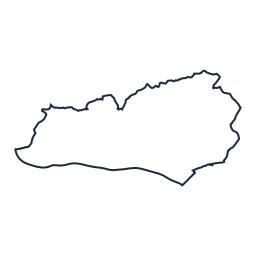 Pojejena, Caras-Severin, Romania
{"feature_id": "2599482B98015240741621", "entity_name": "Pojejena", "entity_type": "district", "adm_level": 2, "iso_a3": "ROU", "parent_name": "Romania", "parent_adm1": "Caras-Severin", "projection": "mercator", "projection_center": [21.532, 44.807], "detail": "fine", "context": "isolated", "style": "outline", "palette": "slate", "viewbox_px": 256, "rotation_deg": 0, "n_neighbors": 0, "source": "geoboundaries", "source_scale": "gbopen_adm2", "svg_char_len": 4707}
<svg xmlns="http://www.w3.org/2000/svg" viewBox="0 0 256 256"><path d="M240.6,107.5L239.7,106.6L238.2,103.9L236.2,101.8L235.2,100.4L234.3,100.1L233.8,99.5L233.3,98.9L232.7,98.4L232.2,97.8L231.6,96.8L231.1,95.8L230.5,94.9L229.9,93.9L224.6,92.9L223.0,92.2L222.4,91.3L221.8,90.4L221.2,89.5L220.6,88.7L220.4,87.4L220.0,86.9L217.8,87.7L216.2,88.0L214.7,87.6L213.5,88.3L213.2,87.5L213.5,85.4L215.2,83.6L215.7,83.0L216.6,81.9L217.5,80.8L219.2,78.5L219.5,78.1L219.8,76.8L217.7,74.6L216.7,73.8L213.4,74.6L210.1,73.7L206.5,72.3L205.1,71.0L203.9,70.7L202.5,71.5L201.2,72.8L199.3,73.7L198.0,73.6L196.7,73.6L195.4,73.7L194.1,73.7L194.1,74.7L192.6,75.9L191.8,77.2L190.4,77.4L187.4,77.0L186.0,78.0L182.8,78.3L182.1,78.5L181.5,78.7L180.8,79.0L180.2,79.4L179.2,79.2L178.1,80.2L177.1,80.6L175.9,80.2L174.5,81.1L173.5,81.3L173.0,81.0L172.5,80.8L172.0,80.6L171.5,80.4L170.8,80.5L170.2,80.6L169.5,80.6L168.8,80.6L167.8,80.8L167.2,81.9L166.7,82.3L166.3,82.7L165.9,83.1L165.6,83.6L162.9,83.1L161.4,82.6L160.0,83.0L159.7,84.0L159.5,84.9L159.1,85.8L158.8,86.7L157.5,86.9L156.1,85.8L155.3,86.0L154.8,86.5L154.3,87.0L153.8,87.4L153.2,87.8L151.5,87.9L151.1,87.5L150.7,87.2L150.2,86.9L149.8,86.5L149.5,86.1L149.1,85.7L148.7,85.3L148.4,84.8L147.2,84.1L146.5,85.0L145.1,87.5L144.0,88.2L142.8,88.9L141.7,89.5L140.5,90.1L138.3,90.5L137.1,91.3L135.6,93.8L134.2,94.3L132.4,94.8L131.0,95.6L130.1,96.2L129.8,97.2L128.6,97.5L128.0,98.7L126.4,99.3L125.7,100.4L125.6,102.1L125.4,102.7L124.8,104.1L124.1,105.5L123.4,106.9L122.6,108.2L122.3,109.4L121.5,108.8L119.7,108.9L118.6,109.6L117.6,108.8L118.2,106.8L117.5,104.6L115.7,102.0L114.9,100.6L114.1,98.1L113.7,97.8L113.3,97.5L112.9,97.1L112.5,96.7L112.1,96.3L111.7,95.9L111.4,95.5L111.0,95.1L110.2,95.0L105.8,95.6L102.7,96.5L102.7,98.5L102.4,99.6L101.3,99.4L100.4,98.8L99.9,99.1L99.4,99.3L98.8,99.5L98.3,99.6L97.0,99.1L95.0,100.6L94.3,100.7L93.6,101.0L92.9,101.3L92.3,101.6L89.8,102.1L87.6,103.8L86.7,105.7L86.2,108.2L87.2,108.7L87.5,109.2L86.5,109.4L84.5,109.1L81.2,110.2L79.5,110.2L78.3,110.9L77.1,110.3L76.0,109.7L74.8,109.3L73.5,108.9L72.3,107.6L71.5,107.2L70.7,107.3L69.8,107.4L68.9,107.4L68.0,107.4L64.4,108.3L62.9,107.5L62.4,107.8L61.8,108.0L61.2,108.1L60.6,108.1L60.4,108.1L57.1,107.6L54.7,107.7L52.7,106.8L50.9,104.9L50.7,105.7L50.5,106.5L50.2,107.3L49.9,108.0L48.7,109.2L46.6,109.5L45.9,109.5L45.2,109.5L44.6,109.4L43.9,109.3L43.2,109.1L42.3,109.5L42.0,110.2L42.3,111.2L43.3,111.6L44.2,112.1L45.1,112.7L45.9,113.4L46.3,114.6L44.4,118.6L43.4,119.7L41.1,121.5L38.7,122.7L37.9,123.8L37.1,124.9L36.4,126.0L35.7,127.2L34.4,128.8L34.1,130.1L34.4,130.9L34.7,131.6L35.0,132.4L35.4,133.2L34.7,134.3L34.0,135.5L33.3,136.6L32.7,137.8L32.3,139.2L31.9,140.6L31.6,142.0L31.3,143.4L30.0,144.9L29.7,145.6L29.0,146.2L28.4,146.7L28.1,146.9L27.4,147.0L26.7,147.2L26.4,147.1L25.8,147.0L25.5,147.1L25.3,147.3L24.6,147.6L24.1,147.8L23.8,147.9L23.4,147.9L23.0,148.0L22.5,148.3L22.3,148.2L22.0,148.2L21.5,148.2L20.9,148.4L20.8,148.6L20.6,148.7L20.2,148.6L19.7,148.8L15.4,149.4L15.7,151.2L16.6,154.1L17.7,156.2L18.9,158.0L20.4,159.6L23.5,162.1L24.8,162.7L27.0,163.7L29.2,164.5L33.5,165.8L36.7,166.7L40.2,167.3L41.8,167.5L45.1,167.5L48.7,166.8L51.1,165.8L52.5,165.4L54.0,165.1L54.5,165.2L56.4,165.3L59.3,165.5L60.0,165.6L63.2,165.3L64.1,165.2L66.8,164.6L70.5,163.7L72.5,163.4L74.6,163.3L77.8,163.6L80.9,164.1L84.3,164.8L87.5,165.7L93.2,166.8L94.8,167.1L98.4,167.5L100.4,167.7L102.9,168.2L105.8,168.8L107.1,169.2L108.2,169.5L112.0,170.2L116.7,169.9L119.0,169.6L123.4,169.3L129.3,168.4L134.6,168.0L136.2,168.0L137.9,168.2L139.5,168.4L142.2,169.0L153.6,172.2L154.6,172.5L155.5,172.8L157.1,173.1L159.0,173.7L159.8,174.1L162.6,175.1L166.8,177.6L169.5,179.2L171.3,180.1L174.9,181.6L178.8,183.1L181.0,184.2L181.2,184.4L182.3,185.3L188.1,179.6L189.7,177.9L191.5,176.2L192.1,175.5L193.0,174.6L194.1,173.7L194.5,173.5L194.1,172.7L194.7,172.4L194.5,172.0L194.4,172.0L192.9,170.4L193.7,170.1L198.3,168.2L200.0,167.8L200.6,167.6L201.2,167.3L201.6,167.2L204.0,166.0L205.1,166.0L205.6,165.8L206.0,165.6L206.5,165.3L206.9,165.0L207.2,164.7L208.8,164.7L209.2,164.3L209.7,164.0L210.3,164.8L210.8,164.9L211.3,165.0L211.8,165.1L212.3,165.2L212.1,163.8L220.9,162.5L221.5,162.8L224.2,161.9L223.9,160.4L224.7,159.6L225.4,158.7L226.1,157.8L226.8,156.8L227.1,155.2L227.5,153.5L227.9,151.9L228.3,150.3L229.4,149.9L230.1,148.8L232.1,147.8L233.6,146.5L237.7,141.0L239.0,138.8L238.8,137.1L238.2,134.7L237.1,132.9L235.6,131.8L234.8,131.5L234.1,131.1L233.4,130.7L232.8,130.3L232.2,129.4L231.7,128.6L231.3,127.7L230.9,126.7L230.6,124.7L231.0,123.8L232.1,123.1L232.5,121.9L234.7,119.5L235.0,118.5L235.3,117.6L235.7,116.7L236.1,115.7L236.8,114.4L237.6,113.0L238.4,111.7L239.3,110.4L240.6,107.5Z" fill="none" stroke="#1e293b" stroke-width="2"/></svg>